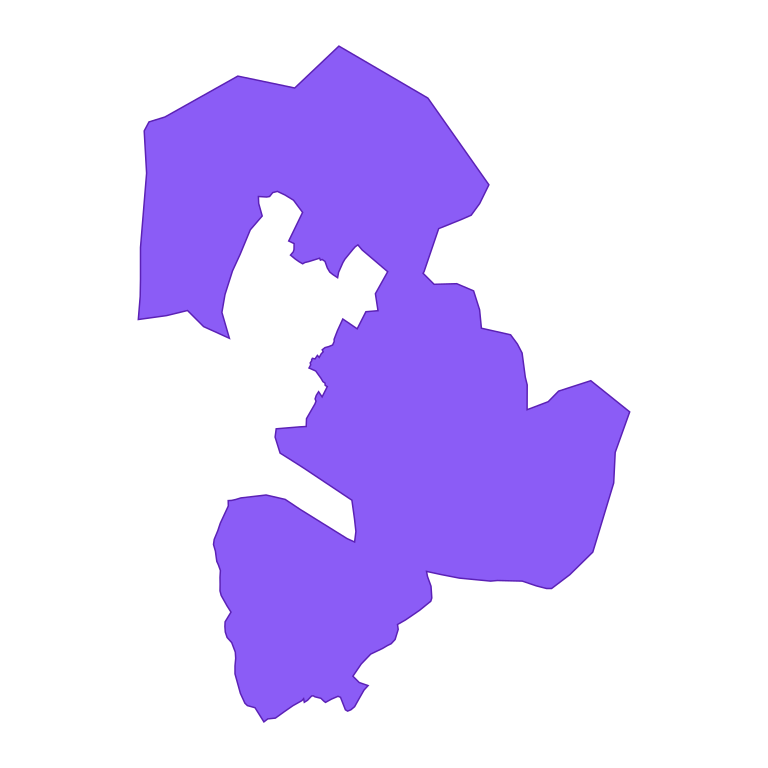 Abeokuta South, Ogun, Nigeria
{"feature_id": "59680162B79825109156569", "entity_name": "Abeokuta South", "entity_type": "district", "adm_level": 2, "iso_a3": "NGA", "parent_name": "Nigeria", "parent_adm1": "Ogun", "projection": "natural_earth1", "projection_center": [3.353, 7.176], "detail": "fine", "context": "isolated", "style": "filled", "palette": "violet", "viewbox_px": 768, "rotation_deg": 0, "n_neighbors": 0, "source": "geoboundaries", "source_scale": "gbopen_adm2", "svg_char_len": 2756}
<svg xmlns="http://www.w3.org/2000/svg" viewBox="0 0 768 768"><path d="M225.1,621.8L224.9,626.5L225.3,632.1L227.1,637.5L231.7,642.6L235.3,652.1L235.7,658.3L235.0,665.9L235.0,673.9L240.4,693.4L244.9,703.2L247.4,705.6L255.0,707.7L263.9,721.9L267.8,718.9L275.4,718.1L283.3,712.4L292.9,705.7L301.8,700.7L303.6,698.7L304.3,702.3L307.5,700.3L311.6,696.0L313.3,695.8L314.9,696.8L320.9,698.3L323.8,701.1L325.5,702.4L331.5,699.1L338.0,696.3L340.5,697.3L345.4,709.8L347.6,711.1L350.9,709.8L354.6,706.7L358.8,699.2L364.0,690.1L368.1,685.6L359.2,682.5L352.9,676.2L361.2,664.0L370.7,654.1L382.6,648.4L387.5,645.5L391.2,643.7L395.1,639.5L398.2,629.4L397.5,624.5L405.4,620.0L419.6,610.3L430.8,601.2L431.8,598.0L431.4,591.8L431.0,586.2L427.5,576.5L426.5,571.4L441.3,574.6L459.3,578.1L490.6,581.1L497.4,580.5L522.2,581.1L536.4,585.9L546.5,588.5L551.6,588.5L569.8,574.7L592.8,552.1L613.7,483.0L615.2,452.4L629.7,411.9L590.8,380.7L558.6,391.1L548.2,401.7L527.1,409.7L527.2,384.9L525.3,377.2L522.1,353.0L517.4,344.0L510.6,334.8L481.4,328.2L479.6,309.8L473.6,290.9L456.8,283.7L434.1,284.3L423.1,273.3L424.1,271.5L438.7,228.6L461.1,219.6L471.2,215.2L479.7,203.5L488.9,184.8L427.9,98.1L338.9,46.1L294.7,88.0L237.8,76.1L164.9,117.0L149.0,121.9L144.2,130.9L146.6,173.2L140.5,247.4L140.5,279.1L140.2,296.4L138.3,319.5L166.6,315.6L187.5,310.5L203.6,326.6L229.4,338.3L221.9,312.4L225.0,294.5L232.5,270.9L240.1,254.4L250.3,229.8L262.2,216.0L258.7,203.5L258.4,196.5L266.7,197.0L269.6,196.5L272.7,192.6L277.4,191.4L285.0,195.0L293.5,200.2L302.6,212.4L288.7,241.0L294.1,243.6L294.0,249.5L293.3,251.8L290.5,255.1L295.2,259.0L299.2,261.8L302.7,263.8L304.9,262.5L308.7,261.6L319.6,258.2L320.4,260.1L322.2,259.5L325.0,261.4L327.3,267.9L329.8,272.1L332.8,274.5L337.6,277.7L338.6,272.3L342.9,262.6L344.9,259.2L352.9,249.4L355.3,246.7L357.9,244.9L362.1,249.9L387.7,271.7L375.4,293.7L378.0,310.7L365.9,311.7L357.2,328.8L342.8,319.0L337.5,330.5L334.1,339.3L334.2,341.5L332.6,345.0L328.7,346.6L325.0,347.6L322.2,349.8L323.2,351.8L321.3,353.7L319.2,357.4L317.4,355.4L315.0,358.9L312.4,358.3L311.6,359.8L311.7,360.7L310.2,362.9L310.7,364.9L309.0,368.0L315.7,371.0L320.9,378.2L322.9,381.6L325.0,383.1L325.2,385.4L327.3,386.6L322.1,396.9L318.6,391.7L316.3,395.3L315.1,398.9L316.0,401.2L314.9,404.0L306.5,418.6L306.2,426.5L299.3,426.9L276.2,428.8L275.1,437.1L280.1,453.1L293.9,461.8L303.6,468.0L351.9,500.2L354.5,518.9L355.9,531.5L354.6,542.0L347.1,538.6L300.0,509.3L285.2,499.4L266.1,495.0L240.9,497.9L235.7,499.5L231.7,500.4L228.2,500.6L228.3,506.0L220.3,523.2L217.8,530.7L214.2,539.4L213.5,544.5L215.4,551.1L216.0,555.7L216.8,561.4L218.4,564.9L220.4,570.5L220.0,577.3L220.1,584.2L220.0,590.9L221.2,595.5L227.1,606.0L231.0,612.1L225.1,621.8Z" fill="#8b5cf6" stroke="#5b21b6" stroke-width="1.5"/></svg>